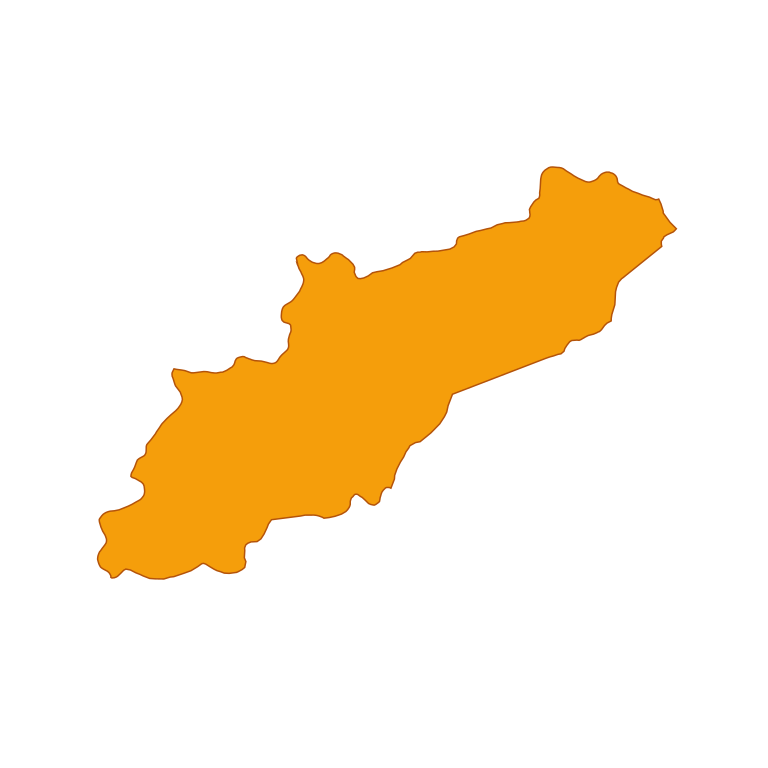 outline of Saut, Micoud, Saint Lucia, rotated 111°
{"feature_id": "8701671B56473836536162", "entity_name": "Saut", "entity_type": "district", "adm_level": 2, "iso_a3": "LCA", "parent_name": "Saint Lucia", "parent_adm1": "Micoud", "projection": "mercator", "projection_center": [-60.943, 13.813], "detail": "fine", "context": "isolated", "style": "filled", "palette": "amber", "viewbox_px": 768, "rotation_deg": 111, "n_neighbors": 0, "source": "geoboundaries", "source_scale": "gbopen_adm2", "svg_char_len": 6147}
<svg xmlns="http://www.w3.org/2000/svg" viewBox="0 0 768 768"><g transform="rotate(111 384 384)"><path d="M278.4,469.7L278.3,473.6L278.7,475.4L279.2,476.8L280.1,478.1L281.1,479.2L282.2,480.0L283.0,480.4L284.4,480.6L286.1,481.3L287.6,482.2L290.6,483.8L293.0,485.6L294.7,487.7L295.2,488.8L295.7,490.4L296.0,494.1L295.9,495.3L295.2,498.6L294.3,500.8L293.7,501.6L293.1,502.8L292.7,503.9L292.6,504.9L292.6,506.3L293.2,507.5L294.1,508.9L296.3,510.5L297.1,510.8L298.0,510.9L302.1,508.2L302.0,508.8L303.3,507.8L304.9,506.2L306.7,504.7L309.3,501.6L310.3,500.7L312.5,498.3L314.0,497.1L314.9,496.5L316.3,496.0L318.2,495.6L319.8,495.5L322.7,495.6L324.9,495.9L327.6,496.0L336.0,498.4L337.8,499.0L339.4,499.7L340.9,500.6L344.9,503.8L346.3,504.8L348.2,505.6L350.3,505.8L353.0,505.5L356.6,504.5L358.5,503.8L360.1,502.8L361.2,501.8L362.1,499.5L361.7,494.4L362.2,492.7L363.0,492.0L366.8,490.1L368.6,489.7L371.7,489.8L376.4,489.3L378.6,488.6L380.5,487.6L382.2,486.8L383.8,486.3L385.9,486.3L387.5,486.8L393.2,489.7L394.7,490.3L396.5,490.9L398.7,491.3L401.1,491.9L402.7,492.7L403.9,493.9L405.1,495.9L405.6,498.0L405.8,500.7L406.3,504.8L406.6,506.8L408.5,513.0L408.8,515.9L408.8,518.1L408.9,519.4L408.8,520.6L408.9,522.1L408.6,524.3L409.0,525.8L410.1,527.5L411.1,528.9L412.4,530.3L413.6,530.9L415.8,531.2L417.7,531.0L419.8,531.0L422.5,531.9L424.5,533.5L427.2,535.4L428.7,536.8L430.9,539.1L431.5,540.6L433.7,544.2L434.4,546.0L435.3,549.4L435.8,552.9L436.3,554.8L437.0,556.8L441.8,565.7L442.6,567.8L442.7,569.3L442.8,573.2L442.9,574.9L443.5,578.0L444.7,583.0L445.1,585.5L448.7,585.8L449.6,585.8L450.7,585.5L452.7,584.5L454.4,582.9L459.0,579.3L460.5,577.9L463.0,573.8L464.6,571.3L465.9,570.2L468.5,567.9L470.6,566.7L473.0,566.3L475.5,566.4L477.5,566.8L480.6,567.6L481.8,568.1L483.7,568.9L489.0,571.8L494.1,574.3L500.4,576.9L501.8,577.3L505.2,578.0L510.5,579.3L512.3,579.5L519.6,581.6L524.0,583.2L525.6,583.7L526.5,583.7L527.7,583.5L530.7,582.4L532.9,581.7L534.1,581.6L535.9,581.8L537.2,582.4L540.6,585.3L541.7,586.1L543.4,587.0L545.6,587.1L550.8,587.0L553.4,587.2L557.5,587.8L559.4,587.6L560.9,587.2L561.5,585.7L561.4,582.3L562.5,575.4L563.5,573.1L565.1,571.5L566.5,570.7L568.8,569.5L570.5,568.8L573.0,568.3L574.5,568.4L576.7,569.0L579.0,569.9L580.8,571.3L583.0,573.2L586.6,576.1L589.7,579.0L596.4,586.2L599.0,590.3L600.8,594.0L602.0,595.7L603.4,597.3L604.7,598.4L606.3,599.5L608.3,600.3L611.2,601.1L612.4,601.3L613.5,600.9L614.8,600.2L619.1,596.9L620.7,595.3L622.1,594.0L624.6,590.8L625.5,589.8L628.1,587.6L629.9,586.8L631.6,586.5L632.1,586.5L634.5,587.0L638.1,588.1L641.3,588.9L642.7,589.4L645.0,589.5L647.1,589.4L649.3,588.9L650.4,588.5L652.5,587.0L654.0,585.8L655.2,584.6L656.5,583.0L657.1,581.1L657.4,579.4L657.9,575.3L658.6,573.2L659.9,571.4L661.1,570.2L662.4,569.7L662.6,568.5L661.5,566.3L660.2,564.8L658.9,563.8L655.2,562.0L651.2,560.3L649.3,558.7L648.5,554.1L649.2,548.0L649.2,543.5L649.5,540.0L649.5,533.1L647.9,527.8L644.9,519.6L640.9,514.5L639.2,511.2L632.5,503.1L627.5,497.3L621.3,492.5L617.0,489.7L616.1,488.1L616.0,485.9L617.0,480.9L617.8,476.3L618.1,473.1L617.8,469.0L617.8,465.4L616.3,460.7L612.7,454.1L611.3,452.7L608.0,449.9L605.2,448.3L599.3,449.3L596.3,452.1L589.4,454.3L587.0,455.4L583.8,455.4L581.5,454.1L579.1,451.6L576.6,446.0L572.7,443.4L567.0,442.2L559.9,441.7L556.2,441.7L551.0,440.4L537.2,414.7L534.7,410.7L531.5,402.5L530.9,400.2L530.6,398.1L530.5,396.4L530.5,393.6L530.8,392.0L528.3,387.3L525.1,382.4L522.3,379.0L520.6,377.0L519.1,375.8L516.7,373.9L514.3,372.9L511.7,372.3L510.1,372.2L508.4,372.4L505.8,373.4L504.0,373.6L502.1,373.6L500.1,372.6L498.6,372.2L497.5,371.6L497.1,371.0L496.6,369.9L496.6,368.6L497.4,365.8L497.7,363.7L499.2,359.9L500.7,356.5L501.1,355.5L501.2,353.1L500.8,350.6L500.5,349.6L499.5,348.6L497.1,347.0L495.4,346.1L493.7,346.4L491.4,346.9L489.6,347.0L487.8,347.2L485.6,347.2L483.3,346.6L480.4,345.3L479.7,344.5L479.1,343.1L478.7,341.7L478.8,340.2L469.0,340.2L465.5,341.3L458.6,341.5L451.0,340.7L445.1,339.5L439.4,339.2L435.0,338.0L432.3,337.7L427.4,333.6L424.9,329.6L412.8,322.7L401.2,317.7L392.9,315.9L387.7,315.4L381.3,316.4L369.0,316.4L301.9,242.0L299.2,238.8L297.1,235.9L293.9,232.1L292.4,229.6L288.9,227.7L286.1,227.9L282.2,227.1L278.0,225.8L276.1,224.3L273.9,219.7L273.3,217.5L272.1,216.2L268.3,213.2L265.5,210.7L262.3,206.2L260.0,203.8L258.6,202.6L257.8,201.6L255.3,200.4L250.4,199.1L247.2,197.6L243.7,194.5L241.2,195.4L237.5,196.2L227.4,196.9L225.4,197.5L214.9,200.9L210.5,201.5L204.8,201.5L200.5,199.9L198.7,198.7L196.2,197.3L156.0,174.0L154.1,175.2L151.3,176.3L147.7,175.4L146.2,175.4L143.3,173.3L138.3,168.4L136.6,167.6L134.3,166.7L130.6,174.9L124.3,184.6L122.6,185.3L116.6,190.0L112.9,193.8L113.8,194.8L114.7,196.6L114.6,200.3L114.4,203.0L115.0,210.3L114.9,214.9L115.1,221.0L114.4,225.7L114.2,228.3L113.6,232.1L113.1,236.0L112.6,237.3L111.5,238.4L108.8,239.9L107.6,241.0L106.6,242.3L106.0,243.6L105.6,245.0L105.4,246.2L105.5,247.4L105.6,248.2L105.5,249.6L106.5,252.3L107.5,253.7L109.0,255.3L110.4,256.4L113.1,257.6L114.7,258.0L115.9,258.5L117.5,259.5L119.0,260.9L121.2,263.5L121.9,264.6L122.4,266.0L122.8,268.4L122.3,276.7L121.6,281.3L120.8,284.6L119.8,289.9L118.8,293.6L118.7,295.7L119.1,298.0L119.7,299.8L120.3,302.0L120.9,304.1L121.7,306.0L123.0,307.7L124.8,309.0L126.6,310.3L128.7,311.2L130.2,311.6L132.2,311.8L133.9,311.6L136.6,311.1L145.7,308.2L149.8,307.2L151.8,306.3L153.4,306.0L154.8,305.9L156.2,306.8L157.7,308.1L160.3,309.3L166.0,310.6L168.9,310.8L170.7,309.8L171.3,309.6L173.4,308.4L175.3,307.9L177.1,308.0L178.8,309.1L180.3,310.2L181.7,311.9L183.1,314.7L184.3,316.4L185.3,318.3L188.5,324.9L190.1,328.7L191.7,330.8L194.8,335.4L200.1,340.1L202.2,343.4L206.1,348.9L208.5,352.7L213.4,358.2L216.7,362.4L219.6,366.4L221.4,367.5L224.5,367.5L225.5,367.1L227.4,366.6L230.9,367.7L234.5,370.9L240.7,381.4L242.5,385.8L245.2,391.1L247.0,396.2L248.1,397.7L248.9,399.8L250.9,402.1L257.3,404.4L259.1,405.9L264.0,410.3L266.9,411.8L272.8,418.1L278.6,425.5L281.7,430.8L284.3,434.6L288.8,437.5L292.3,440.9L294.1,443.8L294.8,446.2L293.7,448.7L290.3,451.9L287.4,452.5L285.5,453.3L283.3,455.9L280.6,461.8L280.2,463.7L279.0,468.1L278.7,468.6L278.4,469.7Z" fill="#f59e0b" stroke="#b45309" stroke-width="1.5"/></g></svg>